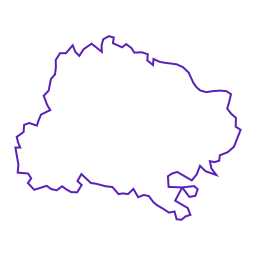 São José das Missões, Rio Grande do Sul, Brazil
{"feature_id": "56859067B20721155382431", "entity_name": "São José das Missões", "entity_type": "district", "adm_level": 2, "iso_a3": "BRA", "parent_name": "Brazil", "parent_adm1": "Rio Grande do Sul", "projection": "natural_earth1", "projection_center": [-53.127, -27.796], "detail": "fine", "context": "isolated", "style": "outline", "palette": "violet", "viewbox_px": 256, "rotation_deg": 0, "n_neighbors": 0, "source": "geoboundaries", "source_scale": "gbopen_adm2", "svg_char_len": 1517}
<svg xmlns="http://www.w3.org/2000/svg" viewBox="0 0 256 256"><path d="M153.5,59.0L153.0,65.0L147.3,60.4L147.8,54.3L141.9,52.3L134.3,52.6L131.5,48.1L126.2,44.1L122.1,47.3L112.9,43.2L113.8,37.5L108.9,36.2L103.2,39.3L101.6,45.3L101.8,51.8L91.6,43.7L83.6,49.2L79.3,55.9L75.3,51.8L72.7,45.3L65.9,53.2L60.0,53.2L55.7,60.1L55.9,67.2L55.0,74.4L51.0,78.9L48.6,90.7L43.7,95.8L47.2,105.0L50.2,110.1L41.0,114.6L38.7,120.1L36.9,125.6L29.1,123.0L24.1,124.9L23.6,132.0L16.7,136.9L18.1,142.4L20.2,147.5L15.4,147.5L18.4,164.6L17.7,172.6L28.1,173.5L31.2,178.4L27.9,183.0L34.2,189.8L46.7,185.8L51.0,189.0L56.7,190.3L62.1,186.3L66.1,189.2L71.1,192.1L77.2,192.3L81.7,185.0L77.5,181.0L81.4,174.1L90.9,183.0L96.3,183.8L105.8,186.3L112.4,187.0L118.5,194.1L123.2,193.4L128.0,194.1L133.4,188.9L138.2,197.2L143.6,195.0L148.8,196.0L153.3,202.1L157.0,205.2L162.5,208.4L169.0,212.6L174.5,211.5L176.6,219.2L181.4,219.8L185.6,216.4L190.4,214.9L187.7,208.0L175.2,200.7L182.1,187.4L168.6,186.9L167.9,176.3L171.7,173.7L177.1,171.9L191.8,180.4L196.7,174.4L200.0,165.8L205.5,171.2L216.3,175.0L211.4,168.4L209.9,161.2L214.7,162.1L219.2,160.7L219.8,155.3L227.7,152.2L234.0,146.7L240.6,129.8L235.7,126.7L235.9,117.8L231.2,113.8L227.2,108.6L228.9,103.0L231.0,94.2L226.5,91.2L220.1,90.6L212.3,91.2L206.4,92.2L200.1,90.4L196.2,86.9L193.4,82.9L191.3,78.4L188.6,72.5L183.0,67.2L176.9,64.4L171.4,63.6L166.3,63.0L159.8,61.9L153.5,59.0ZM182.1,187.4L189.4,196.9L195.4,195.8L197.7,189.2L194.2,186.1L182.1,187.4Z" fill="none" stroke="#5b21b6" stroke-width="2"/></svg>